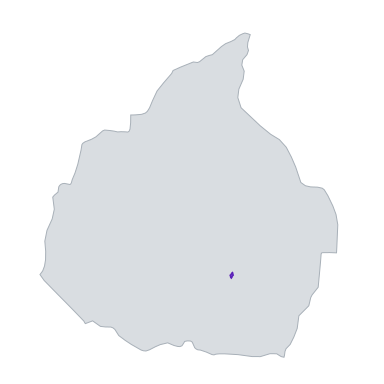 Chitungwiza, Harare, Zimbabwe shown in context, rotated 93°
{"feature_id": "62879985B31454704835515", "entity_name": "Chitungwiza", "entity_type": "district", "adm_level": 2, "iso_a3": "ZWE", "parent_name": "Zimbabwe", "parent_adm1": "Harare", "projection": "albers", "projection_center": [31.05, -18.015], "detail": "fine", "context": "in_parent", "style": "filled", "palette": "violet", "viewbox_px": 384, "rotation_deg": 93, "n_neighbors": 0, "source": "geoboundaries", "source_scale": "gbopen_adm2", "svg_char_len": 2866}
<svg xmlns="http://www.w3.org/2000/svg" viewBox="0 0 384 384"><g transform="rotate(93 192 192)"><path d="M282.4,339.5L278.7,337.0L273.7,335.4L267.3,334.7L259.0,335.0L248.8,336.4L237.9,334.8L226.2,330.2L216.4,328.6L204.9,330.7L204.4,330.8L202.3,329.2L199.1,325.8L193.8,325.3L192.4,324.5L191.2,323.3L190.4,321.6L190.1,319.8L190.9,314.2L190.4,313.6L189.0,312.9L186.1,312.3L179.1,309.8L170.3,307.5L156.0,305.0L150.4,304.4L149.1,303.6L147.5,301.5L144.6,295.1L142.0,290.9L135.7,284.5L134.7,282.5L134.9,277.2L135.3,273.0L135.9,269.4L135.5,266.1L135.4,261.9L135.5,259.2L134.6,258.0L132.4,257.2L126.0,256.9L118.3,257.2L118.0,253.0L117.1,246.5L115.6,242.7L113.8,240.8L110.2,238.8L102.9,236.2L93.0,232.2L84.5,226.1L74.7,218.5L71.6,217.2L67.9,210.0L62.1,197.5L62.4,193.3L61.5,191.3L56.1,185.3L54.8,182.1L53.8,178.9L45.1,170.1L42.1,166.2L39.8,161.2L37.5,157.2L35.6,155.6L33.1,152.9L31.4,149.8L30.5,147.5L31.1,144.3L31.8,142.1L39.9,144.1L44.3,144.2L47.7,143.0L52.0,144.3L57.2,148.3L62.7,148.9L68.6,146.2L76.7,146.8L86.9,150.6L95.3,151.2L105.3,147.4L114.0,137.1L122.2,127.5L130.3,116.4L135.1,107.5L142.4,100.2L151.9,94.6L161.8,89.7L176.8,83.8L179.8,79.1L180.7,73.9L180.6,66.8L181.4,62.1L182.9,60.0L185.4,58.3L188.6,56.1L198.6,50.6L206.9,47.0L217.1,44.7L228.3,44.6L239.1,44.5L245.2,44.5L245.3,51.4L245.8,59.1L247.0,59.8L255.1,60.0L268.0,60.5L280.5,61.0L288.5,66.7L291.2,67.9L299.5,69.4L310.0,78.8L322.7,79.8L331.5,82.7L339.1,86.0L343.6,89.9L346.4,90.8L350.3,91.1L352.2,91.5L351.7,94.3L349.1,99.0L349.4,105.7L352.8,115.1L353.2,123.2L352.0,137.5L351.9,151.4L352.2,156.4L352.7,159.7L353.5,161.5L353.3,163.5L351.1,169.3L349.4,175.4L349.3,177.9L348.6,179.6L347.4,181.1L341.9,183.9L340.9,185.6L340.9,188.8L341.6,191.5L343.6,192.5L346.1,194.0L347.0,196.0L347.0,198.1L346.2,202.0L343.9,208.4L346.1,215.8L348.5,220.6L351.8,226.2L353.2,229.7L353.1,232.1L352.5,234.5L347.4,244.6L343.7,250.9L339.2,257.6L333.3,261.8L331.8,263.8L331.1,266.1L331.3,271.2L331.0,276.4L325.9,284.5L329.0,291.6L328.3,292.2L326.6,293.2L319.3,301.0L312.0,308.9L306.7,314.7L300.7,321.3L293.9,328.7L288.1,335.0L282.4,339.5Z" fill="#d9dde1" stroke="#a8b0b8" stroke-width="1"/><path d="M270.6,147.3L270.4,147.4L270.5,147.5L270.8,147.6L270.7,147.8L270.8,147.9L270.9,148.0L271.0,148.0L271.0,147.9L271.1,148.0L271.3,147.9L271.6,148.0L272.1,148.3L272.1,148.5L272.3,148.5L272.5,148.8L272.7,149.0L272.8,149.2L273.0,149.3L273.1,149.5L273.3,149.5L273.6,149.5L273.7,149.3L273.8,149.3L274.0,149.1L274.4,148.9L274.6,148.8L274.8,148.9L275.2,148.9L275.3,148.8L275.5,148.7L275.8,148.3L275.9,148.2L275.0,147.7L274.7,147.5L274.4,147.5L273.8,147.4L273.7,147.4L273.5,147.1L273.4,146.9L273.2,146.8L273.1,146.7L272.9,146.5L272.7,146.6L272.4,146.7L272.1,146.7L271.9,146.8L271.7,146.8L271.6,147.0L271.5,147.3L271.5,147.5L271.3,147.5L271.0,147.4L270.9,147.3L270.7,147.3L270.6,147.3Z" fill="#8b5cf6" stroke="#5b21b6" stroke-width="1.5"/></g></svg>